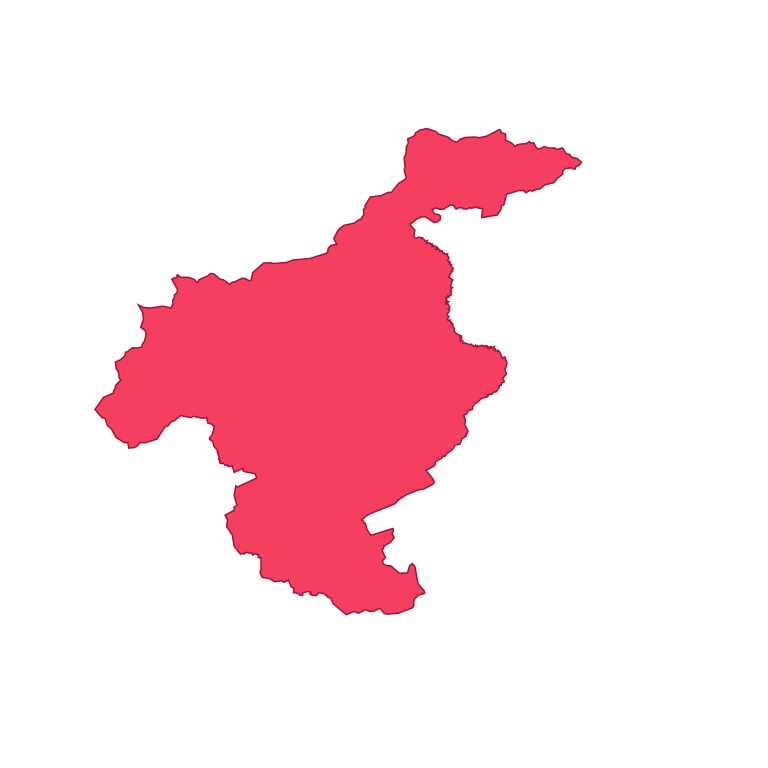 Thung Song, Nakhon Si Thammarat, Thailand, rotated 245°
{"feature_id": "78962969B2531694567463", "entity_name": "Thung Song", "entity_type": "district", "adm_level": 2, "iso_a3": "THA", "parent_name": "Thailand", "parent_adm1": "Nakhon Si Thammarat", "projection": "natural_earth1", "projection_center": [99.635, 8.081], "detail": "fine", "context": "isolated", "style": "filled", "palette": "rose", "viewbox_px": 768, "rotation_deg": 245, "n_neighbors": 0, "source": "geoboundaries", "source_scale": "gbopen_adm2", "svg_char_len": 6171}
<svg xmlns="http://www.w3.org/2000/svg" viewBox="0 0 768 768"><g transform="rotate(245 384 384)"><path d="M357.5,505.0L357.1,502.4L365.1,502.3L365.3,500.9L366.5,501.5L366.7,498.9L368.7,499.8L369.0,497.9L371.2,499.8L371.4,497.8L372.7,496.8L371.6,496.1L372.7,495.5L371.7,494.2L373.3,494.5L373.1,492.7L374.9,493.6L375.8,492.6L375.4,490.6L376.9,490.4L377.9,488.3L378.2,484.4L379.3,484.7L379.3,483.2L380.5,483.3L379.9,481.4L383.3,479.9L383.1,478.8L387.3,474.3L387.5,472.8L390.0,473.6L391.1,471.4L391.9,472.6L392.8,472.2L392.9,474.0L394.1,474.3L394.7,473.1L395.1,474.3L398.5,471.1L402.4,469.9L403.9,471.3L407.9,470.8L408.9,471.8L410.7,471.2L410.4,469.9L411.5,471.2L413.4,470.1L414.0,471.0L414.6,469.1L415.8,468.6L417.5,471.4L420.0,470.2L421.1,470.7L421.5,472.9L423.4,474.8L424.7,473.9L425.4,476.1L429.5,475.9L430.2,474.2L431.2,477.2L432.2,474.4L433.1,476.5L436.1,476.7L435.1,479.7L436.0,478.6L437.2,479.4L435.9,480.9L436.5,482.8L440.4,484.2L442.2,485.4L442.4,486.8L443.9,485.6L445.3,486.0L449.3,490.4L453.6,487.9L454.5,489.8L455.6,489.8L456.3,492.3L457.7,492.6L457.5,494.4L459.0,494.2L459.5,495.6L462.8,494.6L463.9,495.7L465.4,493.9L466.6,495.7L469.0,493.8L471.0,496.3L473.7,495.7L475.1,496.7L476.0,493.6L477.2,493.9L478.1,492.4L480.0,493.3L480.9,490.7L481.7,491.3L483.7,490.4L483.4,488.9L484.2,487.7L485.2,490.2L488.2,488.0L487.9,485.7L490.4,487.1L490.6,485.3L491.6,485.8L493.1,484.1L493.8,481.9L495.6,483.9L495.9,481.8L498.0,481.5L499.2,480.1L500.2,480.8L502.3,477.6L502.4,474.7L503.7,473.5L506.6,473.9L510.1,477.0L517.6,474.8L519.8,484.4L519.4,489.3L517.7,492.4L509.1,497.7L508.4,500.5L509.0,504.3L512.2,506.2L514.3,505.2L516.9,501.7L521.7,501.3L521.8,505.4L518.7,508.5L517.3,511.5L518.2,519.9L516.4,522.8L512.7,522.8L511.7,524.2L512.3,525.8L510.5,529.6L509.5,529.6L507.4,533.0L507.7,536.4L506.4,537.1L505.3,543.2L503.8,543.5L501.2,547.5L493.5,542.8L489.3,558.1L492.7,563.8L495.7,565.6L495.8,568.4L504.2,575.3L502.4,587.7L500.4,592.3L497.3,593.5L497.8,597.9L496.1,600.0L496.0,605.0L494.7,607.5L496.5,614.0L494.7,623.0L497.3,628.5L498.5,634.4L501.4,635.9L502.7,639.0L500.9,644.7L498.0,647.8L500.1,650.2L499.7,653.4L501.4,656.7L506.6,654.4L510.9,649.4L513.6,649.4L515.6,646.5L522.6,645.5L523.3,640.0L525.5,638.7L528.8,632.2L531.4,629.8L531.3,624.8L532.2,622.9L534.3,621.8L539.5,621.6L540.3,618.4L542.3,618.3L541.7,614.3L543.9,608.8L544.4,605.2L543.7,603.3L548.0,601.7L553.6,597.4L559.3,599.8L562.4,596.3L564.6,597.0L565.9,596.0L565.2,582.3L566.9,574.4L569.4,570.9L573.1,561.8L573.7,556.2L572.1,552.5L575.4,548.8L580.2,546.8L587.8,538.8L590.6,538.0L597.4,530.9L598.9,524.2L598.2,518.6L596.0,516.2L596.1,509.0L592.0,507.8L589.7,504.7L583.0,501.0L580.7,497.9L571.8,494.8L569.5,492.7L561.8,491.4L560.7,490.0L559.6,482.0L554.6,471.7L555.9,468.9L555.9,461.1L559.3,450.7L553.6,442.0L551.6,441.7L550.9,439.1L546.2,437.4L543.1,432.7L543.5,430.5L542.4,424.9L544.6,415.2L544.0,410.5L542.4,406.7L536.9,399.9L530.7,400.3L532.0,394.4L530.5,390.7L528.0,389.2L526.8,387.1L529.0,370.2L534.7,354.2L535.4,347.0L539.8,335.0L541.9,332.3L544.5,325.9L540.4,312.0L534.3,307.6L534.6,305.4L538.3,302.7L539.9,299.7L539.7,291.4L540.5,289.7L539.6,286.1L546.1,282.7L548.2,279.8L555.5,276.4L557.5,273.6L556.5,269.9L556.7,260.8L554.8,257.7L559.1,256.3L563.4,251.6L566.6,245.0L570.2,243.0L570.1,242.1L567.8,241.9L569.0,237.4L568.5,236.0L557.1,236.8L554.2,235.0L553.2,231.4L551.0,230.7L549.0,227.7L546.6,227.2L542.9,223.4L548.0,216.4L551.8,203.8L555.0,198.4L559.5,194.9L550.7,195.5L544.2,193.3L538.2,187.3L533.6,190.2L529.6,189.4L524.3,185.3L522.1,181.6L520.0,180.4L520.7,176.0L523.2,171.2L521.6,164.8L522.1,163.2L518.9,160.8L517.3,155.4L517.5,149.9L510.9,147.7L507.9,148.4L500.9,146.5L498.8,147.3L496.0,139.8L493.8,138.9L492.3,136.2L490.1,135.0L490.5,124.2L483.1,111.3L472.6,114.2L470.7,116.7L463.3,115.7L458.6,117.9L448.7,118.7L440.9,123.5L438.9,127.0L433.9,125.5L431.9,130.7L432.2,134.5L434.0,138.4L431.8,142.2L430.0,155.0L437.6,167.1L437.4,170.9L439.7,174.6L439.3,178.3L441.4,186.2L435.2,194.7L435.2,197.7L430.0,204.5L428.5,209.0L423.2,207.8L419.9,211.5L418.7,211.2L417.4,212.5L410.8,206.9L409.0,203.2L407.5,202.5L403.9,204.6L399.5,203.5L393.8,205.1L392.8,204.0L391.5,204.8L390.7,203.7L388.0,203.9L385.7,202.3L384.3,203.3L383.1,201.9L380.9,202.3L380.3,204.6L377.3,205.8L377.0,207.9L375.1,207.7L373.9,211.9L367.2,210.9L367.2,220.3L365.1,219.5L363.0,221.2L357.2,229.3L352.6,228.9L352.6,207.8L354.2,206.6L346.2,201.0L336.1,199.5L335.8,195.8L333.6,195.7L332.9,194.5L332.3,184.5L327.1,184.8L321.2,181.1L311.1,182.7L300.4,179.6L290.5,182.0L290.0,184.9L289.1,185.0L289.5,188.6L287.3,190.8L287.5,192.4L284.4,192.7L284.7,195.3L282.6,198.1L282.2,197.0L279.3,198.2L279.5,197.3L278.0,198.8L268.5,194.5L265.4,191.9L260.1,191.9L256.5,197.4L251.1,201.4L248.9,208.1L246.4,209.7L246.7,214.6L239.7,214.0L237.0,216.0L232.9,213.7L232.6,215.6L230.7,216.7L230.4,218.2L228.6,218.3L227.0,219.9L227.0,221.2L229.2,222.2L228.1,227.3L226.1,229.7L225.1,228.1L222.7,229.6L221.0,233.3L222.4,237.2L218.3,241.8L215.1,242.7L212.2,245.2L206.1,245.2L190.9,252.3L190.5,260.5L187.0,264.1L187.3,271.7L183.6,275.3L182.4,279.3L182.4,285.6L175.8,287.3L173.9,290.0L170.3,299.9L169.1,315.4L170.5,317.2L175.0,319.4L176.6,321.6L177.9,326.4L177.1,332.4L179.5,332.9L188.6,330.4L205.5,334.9L209.2,333.8L208.6,330.6L202.9,325.5L205.9,318.0L216.3,313.3L218.2,309.5L221.3,307.4L224.3,307.8L226.2,312.1L234.2,311.8L235.3,314.3L237.0,315.2L237.9,323.0L240.5,328.3L244.9,328.0L247.1,330.6L249.3,331.0L252.4,308.1L259.5,307.1L265.7,308.2L266.4,306.8L268.1,307.5L270.1,306.4L271.8,311.0L272.3,316.8L270.8,343.3L273.0,348.6L274.2,357.5L273.5,370.2L272.0,376.1L272.6,386.6L274.0,388.2L279.2,387.9L288.0,385.4L288.5,394.0L289.6,396.7L291.8,397.3L292.4,404.9L293.8,406.8L292.7,408.6L294.1,410.7L295.8,418.6L298.6,422.6L297.3,427.5L301.7,431.7L301.8,435.8L305.8,440.2L313.5,439.9L314.8,441.5L318.1,442.8L321.9,442.8L322.0,446.6L324.2,449.1L323.6,453.5L325.3,454.2L327.8,458.1L327.7,460.3L329.8,466.4L328.7,472.6L329.9,472.5L329.4,473.4L330.4,474.2L329.1,477.3L330.3,481.2L329.4,482.2L332.2,487.0L334.0,488.2L333.2,489.6L335.1,490.8L335.1,494.0L339.1,494.2L341.4,499.4L345.5,499.4L350.6,504.2L357.5,505.0Z" fill="#f43f5e" stroke="#9f1239" stroke-width="1.5"/></g></svg>